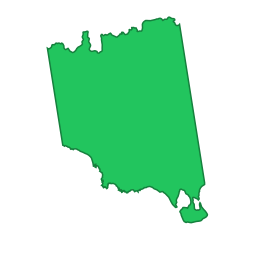 an SVG outline of Chubut, rotated 81°
{"feature_id": "ARG-1274", "entity_name": "Chubut", "entity_type": "Province", "adm_level": 1, "iso_a3": "ARG", "parent_name": "Argentina", "parent_adm1": "", "projection": "mercator", "projection_center": [-67.684, -44.0], "detail": "fine", "context": "isolated", "style": "filled", "palette": "green", "viewbox_px": 256, "rotation_deg": 81, "n_neighbors": 0, "source": "natural_earth", "source_scale": "10m", "svg_char_len": 5781}
<svg xmlns="http://www.w3.org/2000/svg" viewBox="0 0 256 256"><g transform="rotate(81 128 128)"><path d="M30.0,66.6L30.4,66.5L31.0,65.6L33.0,65.1L33.7,64.8L34.2,64.3L34.5,63.6L34.5,61.9L33.7,60.9L194.1,60.9L195.8,61.2L197.0,63.9L197.8,65.0L198.7,65.9L200.6,67.2L201.7,67.2L202.3,67.7L203.5,68.2L205.7,68.5L206.7,69.3L208.4,68.8L209.1,68.9L209.7,69.2L210.1,69.8L209.4,70.1L208.9,70.6L207.1,73.3L206.7,74.6L206.9,74.9L207.6,75.1L209.5,74.9L210.5,75.4L212.2,75.3L213.6,74.6L218.2,75.0L218.8,74.8L219.0,74.3L219.8,73.5L220.0,73.0L220.0,72.2L219.8,71.8L220.2,71.4L219.8,70.0L219.6,69.6L219.1,69.4L218.0,69.3L215.4,69.4L214.1,69.2L213.1,68.6L213.9,68.2L217.3,67.7L220.3,66.0L222.3,64.6L224.4,63.6L225.8,63.1L226.8,63.4L227.7,64.3L228.3,65.2L229.0,67.2L229.3,68.3L230.4,69.5L231.0,70.6L231.1,72.0L231.0,75.3L231.4,80.2L231.1,81.5L230.5,82.9L230.1,84.2L230.4,85.4L229.2,87.1L227.6,87.8L222.7,89.0L220.6,89.1L219.6,89.6L218.7,89.8L217.9,89.2L217.3,88.6L216.1,86.8L215.2,86.2L215.2,85.4L216.0,82.3L216.5,81.9L216.4,81.6L215.4,80.9L215.0,80.5L214.2,80.0L213.8,79.6L213.7,79.0L213.5,78.6L211.9,77.7L210.7,77.4L208.2,77.4L206.4,77.7L205.3,78.2L204.6,78.7L203.5,79.1L201.9,81.1L199.0,81.8L198.4,82.2L197.6,83.9L196.8,84.8L196.7,85.3L196.8,86.1L197.2,86.5L198.2,86.8L198.9,87.4L200.5,87.9L203.4,89.3L205.7,91.1L207.3,91.7L209.1,91.5L210.8,92.8L211.4,92.8L213.6,92.0L214.0,93.0L213.9,93.4L213.3,93.9L210.5,95.9L207.6,97.0L202.8,98.5L198.5,101.5L197.2,103.0L196.3,103.5L196.1,104.2L196.3,106.1L196.2,106.7L195.3,107.4L193.4,109.4L192.1,111.7L190.5,113.1L189.1,115.6L189.1,115.9L189.1,117.9L189.7,119.5L189.5,120.6L189.4,121.3L190.0,121.8L190.5,123.5L190.6,123.9L190.5,125.2L190.6,125.7L190.9,125.8L191.3,125.6L191.6,126.0L191.0,126.5L191.3,127.2L191.3,127.8L191.8,128.1L192.6,128.1L191.5,129.1L191.4,129.7L191.5,130.7L191.8,130.9L191.9,131.5L190.3,132.1L189.9,132.5L189.7,133.6L189.8,134.9L190.3,135.7L190.7,136.0L190.6,136.4L190.7,137.0L191.0,137.2L190.9,137.7L191.2,138.1L191.6,138.1L191.8,138.3L191.9,139.2L191.6,139.3L191.4,139.9L190.9,140.0L190.6,140.5L190.2,140.8L190.4,141.1L190.1,141.2L190.3,141.3L190.2,141.4L189.8,141.2L189.6,141.3L189.6,141.5L189.2,142.2L189.1,142.4L189.6,142.7L189.4,143.3L189.6,143.5L190.0,143.4L190.3,143.5L190.2,143.8L190.4,144.3L189.8,144.3L189.4,144.8L189.3,144.6L189.4,144.3L189.3,144.0L189.0,144.0L188.7,144.0L188.1,144.3L188.4,144.9L188.4,145.1L187.9,145.1L187.6,145.5L187.7,145.8L187.9,146.0L188.5,146.2L188.2,146.6L188.1,146.3L187.9,146.3L187.6,146.9L187.3,146.6L187.2,146.3L186.8,146.1L186.0,146.3L185.9,146.8L186.0,147.1L185.1,147.3L184.0,147.8L183.2,148.7L182.7,148.6L181.6,149.4L180.6,150.9L180.3,151.7L180.4,152.6L180.1,153.9L179.6,154.2L179.6,154.9L179.8,155.1L179.5,155.5L179.9,156.3L180.6,156.4L180.9,156.6L181.1,157.0L181.8,156.8L182.7,157.3L183.3,157.2L183.8,157.7L184.2,157.8L184.5,158.4L184.2,158.5L183.3,159.4L183.0,159.3L182.5,159.8L182.6,160.2L182.9,160.5L183.0,161.0L182.4,160.7L182.1,161.0L182.6,161.7L181.6,162.3L181.1,162.2L180.6,162.2L180.5,162.9L179.0,161.5L177.7,161.7L177.4,162.1L177.1,161.9L177.1,161.3L176.8,160.8L175.6,161.0L175.7,162.1L175.2,162.0L174.5,162.4L173.8,162.1L173.3,161.5L172.6,160.8L171.9,160.9L170.3,160.3L168.9,160.6L168.2,160.5L167.6,161.3L166.2,162.7L165.7,162.3L164.5,162.2L164.1,162.3L164.0,162.6L163.5,162.5L163.2,162.9L161.7,163.3L161.0,163.7L160.3,164.4L160.3,165.2L162.0,165.8L161.6,166.5L158.8,165.5L158.8,166.4L159.9,166.7L160.4,167.3L160.3,168.1L156.8,168.1L152.0,168.8L150.6,169.5L148.6,171.1L147.3,172.7L146.5,174.1L144.8,176.5L143.5,178.8L142.3,179.9L141.4,181.4L140.8,181.8L140.3,183.3L140.3,185.0L140.8,185.4L140.5,185.9L140.1,186.0L139.9,186.9L140.1,187.4L140.1,187.7L139.8,188.0L139.3,187.9L137.8,189.1L137.4,190.4L136.7,190.9L136.4,191.6L135.9,192.2L135.6,192.8L136.0,193.7L135.4,194.0L134.8,195.1L36.6,195.1L37.5,194.1L37.2,192.9L36.8,191.9L36.2,191.1L35.4,190.6L34.4,190.2L34.0,189.9L33.9,189.3L34.2,187.8L33.9,187.1L33.0,186.1L33.0,185.3L33.5,184.4L33.3,183.7L33.4,182.7L34.4,181.1L33.8,180.3L34.2,179.6L35.1,179.0L36.9,178.5L38.8,178.7L39.6,178.5L40.5,177.8L40.8,177.3L40.7,176.7L40.0,175.0L40.0,174.7L42.9,173.4L44.8,171.0L44.7,169.9L44.1,168.7L43.5,167.9L42.8,167.1L41.5,166.1L40.6,164.9L40.3,164.5L39.9,163.0L38.9,160.9L38.1,160.0L37.3,159.9L36.3,160.0L35.4,159.8L34.0,158.4L33.4,158.2L32.9,158.3L31.8,158.8L30.8,158.9L28.9,157.8L27.9,157.5L26.9,157.5L26.4,157.4L26.2,156.8L26.4,155.2L26.0,153.3L26.3,152.6L27.0,152.4L28.5,153.0L31.7,153.6L32.2,153.5L33.3,152.4L33.9,152.3L36.1,153.2L37.1,153.2L39.3,152.2L40.3,152.0L41.3,152.3L43.2,153.6L44.2,154.0L45.1,153.7L46.0,153.1L46.6,152.1L46.7,150.8L46.5,149.1L46.6,148.4L47.5,146.8L47.8,146.6L48.8,146.5L49.1,146.1L49.4,145.4L49.4,144.7L48.6,143.7L48.2,142.1L47.8,141.6L47.2,141.3L45.4,141.1L41.7,140.4L36.8,140.4L35.6,140.1L34.5,140.1L33.5,140.4L32.5,140.4L31.5,139.6L31.5,139.0L32.8,138.1L32.9,137.5L32.2,136.0L32.3,135.3L32.9,134.4L32.9,133.8L32.7,133.2L31.9,131.8L31.6,130.5L32.2,130.0L33.1,129.8L33.9,129.0L36.2,125.5L36.4,124.9L36.4,124.4L34.7,121.7L33.9,121.1L33.9,120.8L34.1,120.0L34.1,119.2L33.9,119.1L33.1,119.5L32.6,119.3L32.5,118.8L32.7,118.2L32.9,117.7L34.8,116.7L35.2,116.3L35.3,115.9L35.1,113.6L33.8,112.6L33.0,111.6L31.2,111.5L31.0,111.0L31.6,110.1L31.6,109.4L31.3,108.9L30.4,108.5L29.7,108.7L29.4,108.6L29.3,108.3L29.7,107.7L29.6,106.6L30.3,105.8L30.4,104.5L30.5,104.3L31.5,104.1L32.9,103.5L33.9,103.8L34.2,103.4L34.2,102.2L34.0,101.1L34.4,99.9L34.2,99.3L33.7,98.9L31.5,98.0L27.9,97.6L26.9,97.1L25.9,96.2L25.1,95.0L24.6,93.6L25.5,89.1L25.2,84.4L24.8,82.3L25.0,81.2L24.6,80.2L24.7,79.0L25.2,78.1L25.9,77.5L27.2,76.9L27.2,76.6L26.4,75.0L26.3,74.7L26.7,72.9L26.5,72.3L25.2,71.1L24.9,70.2L25.2,69.4L26.3,68.1L26.8,67.3L27.2,65.6L27.9,64.9L28.7,64.9L29.4,66.3L30.0,66.6Z" fill="#22c55e" stroke="#15803d" stroke-width="1.5"/></g></svg>